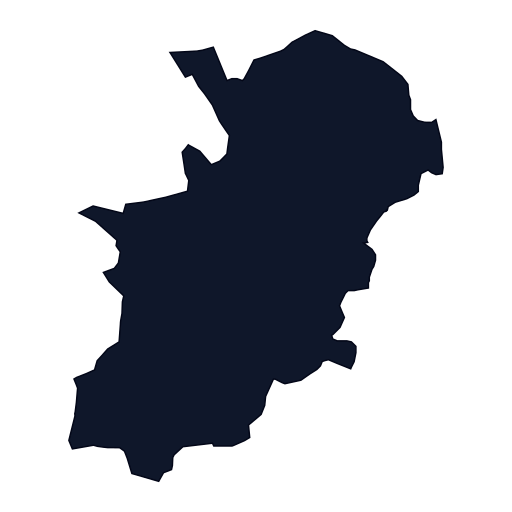 the district of Nebro, Ad Daqahliyah, Egypt
{"feature_id": "37247803B57477737935705", "entity_name": "Nebro", "entity_type": "district", "adm_level": 2, "iso_a3": "EGY", "parent_name": "Egypt", "parent_adm1": "Ad Daqahliyah", "projection": "orthographic", "projection_center": [31.299, 31.129], "detail": "fine", "context": "isolated", "style": "filled", "palette": "ink", "viewbox_px": 512, "rotation_deg": 0, "n_neighbors": 0, "source": "geoboundaries", "source_scale": "gbopen_adm2", "svg_char_len": 2700}
<svg xmlns="http://www.w3.org/2000/svg" viewBox="0 0 512 512"><path d="M170.0,52.5L170.8,53.7L185.4,77.1L192.3,74.3L198.7,86.4L204.6,93.8L212.4,105.0L219.4,120.7L221.4,123.8L226.0,130.6L229.4,135.5L227.7,147.6L226.9,154.0L226.2,154.7L219.9,161.1L219.0,161.5L211.3,164.7L210.7,164.0L199.8,151.2L189.0,145.3L188.3,144.8L185.5,148.5L182.2,152.2L184.1,164.6L185.4,173.4L186.0,174.5L188.8,180.4L187.5,191.2L165.6,197.3L160.4,198.4L143.9,202.0L141.9,202.3L125.8,204.3L123.2,213.4L100.4,207.8L93.1,206.0L79.0,212.9L88.3,217.6L91.9,219.4L95.6,221.3L117.0,240.3L116.1,245.7L118.3,249.0L120.3,251.8L118.4,263.0L114.3,268.4L103.4,272.4L109.3,281.9L123.8,295.9L123.4,297.5L122.4,301.8L122.0,313.5L120.7,320.7L120.5,322.6L120.4,324.6L119.1,341.9L107.7,349.0L101.8,355.7L97.2,360.7L95.9,365.2L94.5,370.1L93.5,370.4L86.4,373.6L76.7,377.4L74.0,379.0L76.2,384.4L77.6,388.1L76.4,402.5L75.2,411.9L74.8,413.6L75.0,415.9L68.9,440.3L68.9,440.5L72.4,448.9L93.5,445.2L97.4,446.3L103.3,447.1L107.9,447.6L113.4,447.6L119.7,447.7L124.4,451.1L125.0,452.5L127.2,458.1L131.9,473.5L158.7,481.3L163.5,472.7L171.5,469.6L172.0,467.3L172.4,465.5L172.7,458.5L172.8,457.4L174.1,454.8L182.9,446.7L212.5,443.2L213.8,446.0L232.0,446.0L233.6,445.4L244.5,440.6L249.7,437.5L248.9,429.4L248.5,425.0L253.4,420.9L261.1,414.4L264.7,405.4L265.6,396.4L273.4,379.1L275.2,379.1L278.7,380.9L282.3,382.7L284.9,383.7L289.0,382.8L300.9,380.2L309.7,374.0L316.8,369.5L318.1,368.2L320.4,365.9L322.2,361.5L324.8,360.6L328.4,359.7L337.2,363.4L350.7,368.8L351.4,367.1L354.1,361.7L355.9,352.7L355.9,346.4L351.4,341.9L347.0,340.9L337.3,340.9L332.8,339.0L331.6,335.3L332.9,334.5L337.3,330.1L340.0,327.4L344.4,317.5L341.3,310.2L339.8,306.5L339.5,305.8L340.9,302.2L343.6,296.8L345.3,293.3L346.8,291.8L348.0,290.6L350.7,290.6L354.2,290.6L357.7,289.8L368.4,288.0L368.4,284.4L368.4,283.5L368.4,282.6L369.3,280.8L369.3,277.2L372.0,269.2L373.7,266.5L375.5,260.2L375.5,254.8L372.0,249.4L363.5,243.0L367.7,242.4L366.8,240.6L366.9,237.9L370.4,229.9L376.6,220.9L380.2,216.5L383.7,212.0L386.4,211.1L386.4,210.2L387.3,210.2L388.2,206.6L395.3,202.2L406.8,198.7L413.9,195.1L418.3,191.5L418.3,185.2L421.0,173.6L426.3,170.9L428.1,170.0L431.6,172.7L436.0,174.6L442.2,173.7L443.1,167.4L441.4,149.4L441.4,142.2L435.9,119.6L431.7,122.4L424.7,122.3L417.6,120.5L413.2,115.9L410.5,109.6L410.5,99.7L408.8,95.2L407.9,84.4L401.7,76.3L383.2,61.8L381.6,61.1L354.9,49.9L350.5,49.0L344.3,45.3L332.3,35.7L315.1,30.7L305.4,35.1L303.4,36.2L292.1,42.2L287.2,46.7L284.1,49.4L280.5,51.2L260.2,58.2L254.0,60.0L248.6,70.7L244.2,78.8L242.4,80.6L237.1,78.7L231.8,78.7L227.0,80.6L213.3,47.2L212.1,47.5L202.5,50.2L198.1,50.9L197.2,51.1L170.0,52.5Z" fill="#0f172a" stroke="#020617" stroke-width="1.5"/></svg>